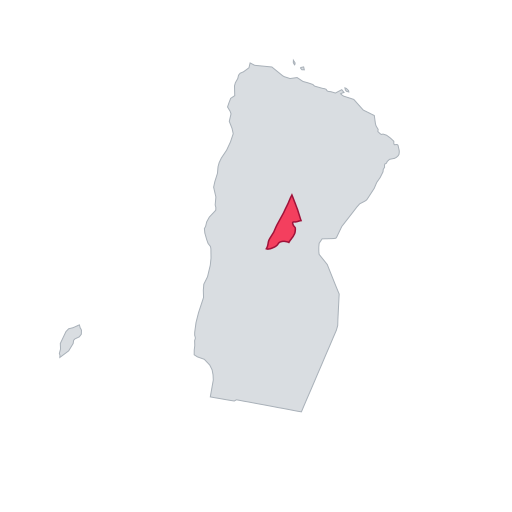 Al Abr, Hadramawt, Yemen shown in context, rotated 122°
{"feature_id": "15242507B3031648883440", "entity_name": "Al Abr", "entity_type": "district", "adm_level": 2, "iso_a3": "YEM", "parent_name": "Yemen", "parent_adm1": "Hadramawt", "projection": "robinson", "projection_center": [47.548, 15.923], "detail": "fine", "context": "in_parent", "style": "filled", "palette": "rose", "viewbox_px": 512, "rotation_deg": 122, "n_neighbors": 0, "source": "geoboundaries", "source_scale": "gbopen_adm2", "svg_char_len": 6070}
<svg xmlns="http://www.w3.org/2000/svg" viewBox="0 0 512 512"><g transform="rotate(122 256 256)"><path d="M399.7,220.1L383.8,226.5L379.6,229.4L375.8,232.9L373.0,237.4L371.0,245.1L372.6,252.3L372.5,256.1L368.4,258.6L364.5,260.4L360.3,263.2L357.7,263.9L355.6,266.1L353.1,267.6L344.2,271.6L334.5,274.7L319.0,278.5L313.0,282.5L307.6,285.3L299.3,286.1L288.0,289.9L281.7,293.0L273.9,298.0L272.1,299.6L270.8,303.2L268.3,306.4L263.6,311.6L260.1,314.3L257.7,314.4L253.1,315.9L247.7,316.2L238.5,314.4L236.2,315.7L234.3,317.7L227.2,321.3L220.1,328.4L214.8,330.3L206.3,332.5L200.4,335.5L196.4,336.7L191.3,337.3L181.8,337.0L172.8,338.1L164.4,340.1L160.5,343.9L156.0,350.0L148.7,352.5L147.0,354.6L144.7,359.1L140.0,360.2L135.7,361.0L131.3,359.0L123.1,364.4L120.0,365.3L115.2,365.5L111.9,366.6L109.4,366.3L106.4,364.2L100.1,361.7L95.4,363.3L95.0,358.2L87.3,342.7L89.0,329.2L89.0,327.3L87.5,321.2L82.9,315.7L83.1,308.7L81.6,303.7L80.4,298.6L80.8,297.2L80.8,296.0L78.5,288.1L77.8,286.5L77.5,284.8L78.2,283.5L78.2,282.1L77.0,279.6L75.7,275.0L69.5,271.4L70.7,268.0L72.0,269.2L73.6,270.2L74.0,268.0L74.0,266.4L71.4,256.1L75.4,242.4L74.2,230.1L80.2,225.1L81.7,223.6L82.5,222.3L83.9,219.5L85.9,218.6L86.5,215.6L86.5,214.1L85.3,212.9L84.4,209.4L84.7,205.0L85.0,203.2L85.7,199.9L87.8,198.6L88.3,197.6L86.7,195.5L86.8,194.3L90.4,190.7L91.7,189.7L94.0,188.6L95.8,188.6L97.9,189.2L99.7,190.2L101.4,192.0L103.3,194.0L106.2,194.8L108.2,194.6L109.8,195.5L111.1,195.0L112.6,194.0L115.1,194.0L117.3,192.9L123.6,192.3L129.7,192.6L136.0,191.6L142.3,191.7L148.7,191.8L150.1,192.0L151.5,192.6L156.8,195.7L160.9,196.4L169.1,197.2L177.8,198.1L185.4,198.9L191.8,198.2L197.1,197.6L198.6,197.7L200.2,199.6L203.4,204.4L206.4,209.0L211.7,209.2L215.1,207.5L218.9,205.1L221.2,203.3L223.8,195.8L225.5,191.0L229.4,185.7L232.7,181.2L237.1,175.2L239.5,171.9L244.2,165.3L248.7,162.8L257.5,157.9L266.1,153.1L271.6,149.9L276.4,148.5L284.3,147.3L293.7,145.8L303.1,144.4L313.0,142.8L324.2,141.1L331.8,139.9L341.5,138.4L349.6,137.2L356.7,136.1L364.1,134.9L365.6,138.5L367.0,142.1L368.4,145.8L369.8,149.4L371.2,153.0L372.7,156.6L374.1,160.3L375.5,163.9L376.9,167.5L378.3,171.1L379.8,174.8L381.2,178.4L382.6,182.0L384.0,185.6L385.5,189.2L386.9,192.9L388.3,196.4L390.5,197.6L391.9,200.9L393.9,205.7L395.8,210.5L397.8,215.3L399.7,220.1ZM422.2,365.6L424.1,366.0L427.1,364.7L435.7,364.6L446.0,368.6L444.0,369.7L442.9,371.1L438.4,372.5L433.9,375.6L420.8,377.1L417.0,376.3L413.8,373.2L408.0,369.3L410.3,366.8L410.7,365.7L411.6,364.6L414.9,362.7L418.2,363.0L422.2,365.6ZM73.3,317.2L72.9,317.9L72.3,317.8L70.4,315.8L72.5,313.7L73.7,315.7L73.3,317.2ZM67.3,268.8L66.3,269.7L66.0,268.2L66.7,265.1L67.7,264.2L68.4,266.5L68.0,267.8L67.3,268.8ZM72.3,326.8L70.2,328.0L71.6,325.1L73.1,324.5L73.5,324.6L72.3,326.8Z" fill="#d9dde1" stroke="#a8b0b8" stroke-width="1"/><path d="M201.2,237.7L195.1,244.8L194.9,245.0L194.6,245.4L192.5,248.2L190.4,250.9L189.7,251.9L187.1,255.3L185.2,257.9L187.3,257.7L187.8,257.7L192.3,257.0L194.0,256.7L200.8,256.0L204.6,255.5L218.5,254.7L220.3,254.5L221.2,254.4L226.4,253.6L227.7,253.6L228.9,253.6L231.1,253.6L233.4,253.6L233.6,253.6L233.8,253.6L234.0,253.6L235.0,253.5L235.3,253.5L235.5,253.5L235.8,253.4L236.0,253.4L236.3,253.3L236.5,253.3L236.8,253.2L237.0,253.1L237.4,253.0L237.5,253.0L237.7,252.9L237.9,252.8L238.2,252.7L238.5,252.6L238.8,252.4L239.1,252.3L239.4,252.2L239.5,252.2L239.8,252.0L240.0,252.0L240.2,251.9L242.1,251.3L242.3,251.3L242.6,251.3L242.8,251.2L243.1,251.2L243.4,251.1L243.7,251.1L243.9,251.1L244.1,251.1L244.4,251.1L244.3,250.7L244.2,250.3L244.1,250.0L244.1,249.9L243.9,249.6L243.7,249.4L243.6,249.2L243.4,249.1L243.3,248.9L243.1,248.7L242.9,248.4L242.7,248.2L242.4,247.8L242.2,247.7L241.8,247.3L241.6,247.2L241.4,247.0L241.2,246.9L241.0,246.7L240.9,246.7L240.6,246.5L240.6,246.4L240.4,246.3L240.2,246.2L239.9,245.9L239.6,245.8L239.4,245.6L239.1,245.4L238.9,245.3L238.8,245.2L238.7,245.1L238.4,245.0L238.2,244.9L238.0,244.7L237.7,244.6L237.2,244.4L236.8,244.2L236.6,244.1L236.4,244.1L236.2,244.0L236.0,243.9L235.7,243.9L235.3,243.8L235.1,243.7L234.8,243.7L234.7,243.7L234.3,243.7L234.1,243.7L233.9,243.7L233.7,243.7L233.4,243.7L233.2,243.6L232.9,243.6L232.7,243.6L232.4,243.5L232.3,243.4L232.1,243.3L231.8,243.2L231.6,243.1L231.4,243.0L231.2,242.9L231.0,242.7L230.9,242.6L230.7,242.4L230.5,242.2L230.3,242.1L230.2,241.9L230.0,241.7L229.8,241.5L229.6,241.3L229.5,241.2L229.4,241.1L229.3,240.9L229.1,240.7L228.9,240.3L228.8,240.1L228.6,239.9L228.5,239.6L228.4,239.4L228.3,239.2L228.2,239.0L228.2,238.9L228.1,238.7L227.9,238.2L227.7,237.7L227.5,237.2L227.4,236.8L227.3,236.5L227.2,236.3L227.2,236.1L227.1,235.9L227.1,235.7L227.1,235.3L226.8,235.3L226.5,235.3L226.2,235.3L225.9,235.4L225.7,235.3L225.2,235.3L224.9,235.3L224.7,235.3L224.4,235.3L224.2,235.3L224.0,235.2L223.9,235.2L223.6,235.2L223.4,235.2L223.2,235.1L222.9,235.1L222.7,235.1L222.2,235.1L221.8,235.0L221.4,235.0L221.2,235.0L220.7,234.9L220.4,234.9L220.2,234.9L219.9,234.9L219.6,234.9L219.3,234.9L219.1,234.9L218.8,234.9L218.4,235.0L218.2,235.0L217.9,235.0L217.7,235.0L217.4,235.0L217.2,235.0L216.9,235.1L216.6,235.1L216.4,235.1L216.2,235.2L215.8,235.3L215.6,235.3L215.4,235.4L215.1,235.5L214.9,235.6L214.7,235.7L214.5,235.8L214.4,235.8L214.0,236.0L213.9,236.0L213.5,236.3L213.4,236.3L213.0,236.5L212.9,236.6L212.6,236.7L212.5,236.8L212.4,236.8L212.2,237.0L211.9,237.2L211.7,237.3L211.4,237.5L211.2,237.9L211.1,238.1L211.0,238.4L210.9,238.6L210.8,238.9L210.7,239.1L210.7,239.4L210.6,239.6L210.5,239.9L210.4,240.1L210.3,240.3L210.2,240.6L209.9,241.0L209.7,241.2L209.6,241.4L209.4,241.6L209.3,241.8L209.1,242.0L208.9,242.2L208.7,242.3L208.5,242.5L208.3,242.5L208.1,242.6L207.9,242.6L207.6,242.5L207.4,242.4L207.2,242.2L207.0,241.9L206.9,241.8L206.8,241.6L206.7,241.4L206.5,241.1L206.4,240.9L206.2,240.6L206.1,240.4L205.9,240.3L205.7,240.0L205.5,239.8L205.3,239.6L205.1,239.4L204.9,239.2L204.6,238.9L204.4,238.8L204.2,238.6L204.0,238.4L203.8,238.3L203.8,238.2L203.6,238.1L203.4,238.0L203.4,237.9L203.2,237.8L203.1,237.6L202.9,237.4L202.7,237.2L202.1,236.5L201.2,237.7Z" fill="#f43f5e" stroke="#9f1239" stroke-width="1.5"/></g></svg>